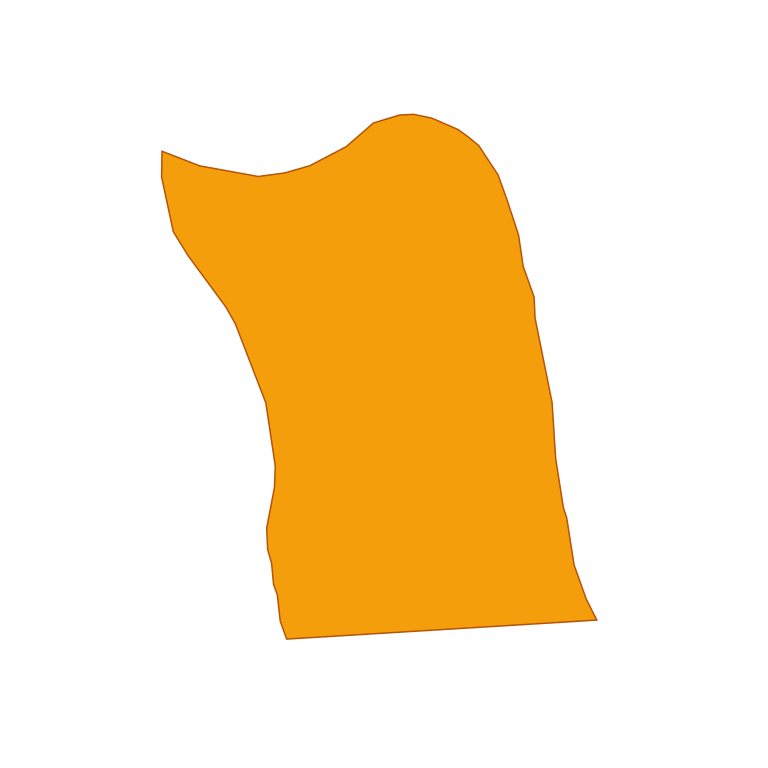 the district of Santiago Chimaltenango, Huehuetenango, Guatemala, rotated 160°
{"feature_id": "79465075B81878845839698", "entity_name": "Santiago Chimaltenango", "entity_type": "district", "adm_level": 2, "iso_a3": "GTM", "parent_name": "Guatemala", "parent_adm1": "Huehuetenango", "projection": "equal_earth", "projection_center": [-91.685, 15.508], "detail": "fine", "context": "isolated", "style": "filled", "palette": "amber", "viewbox_px": 768, "rotation_deg": 160, "n_neighbors": 0, "source": "geoboundaries", "source_scale": "gbopen_adm2", "svg_char_len": 674}
<svg xmlns="http://www.w3.org/2000/svg" viewBox="0 0 768 768"><g transform="rotate(160 384 384)"><path d="M513.0,678.6L522.2,654.5L529.9,599.2L524.2,571.6L506.3,510.6L503.1,491.4L501.5,406.6L514.2,344.2L522.3,324.3L543.6,288.6L549.9,268.4L551.0,253.7L556.3,233.6L556.4,222.2L562.6,196.7L562.7,177.6L264.8,89.4L267.5,112.5L267.3,148.8L258.1,195.7L257.7,206.7L248.1,255.5L232.4,309.1L219.5,394.3L213.2,414.4L213.0,446.8L206.6,478.0L205.4,514.6L205.3,541.4L213.4,575.6L220.6,587.8L227.4,597.8L248.3,617.6L264.0,627.3L277.3,631.4L304.6,632.9L338.5,619.9L379.2,614.5L405.2,616.3L431.2,622.0L482.6,652.0L513.0,678.6Z" fill="#f59e0b" stroke="#b45309" stroke-width="1.5"/></g></svg>